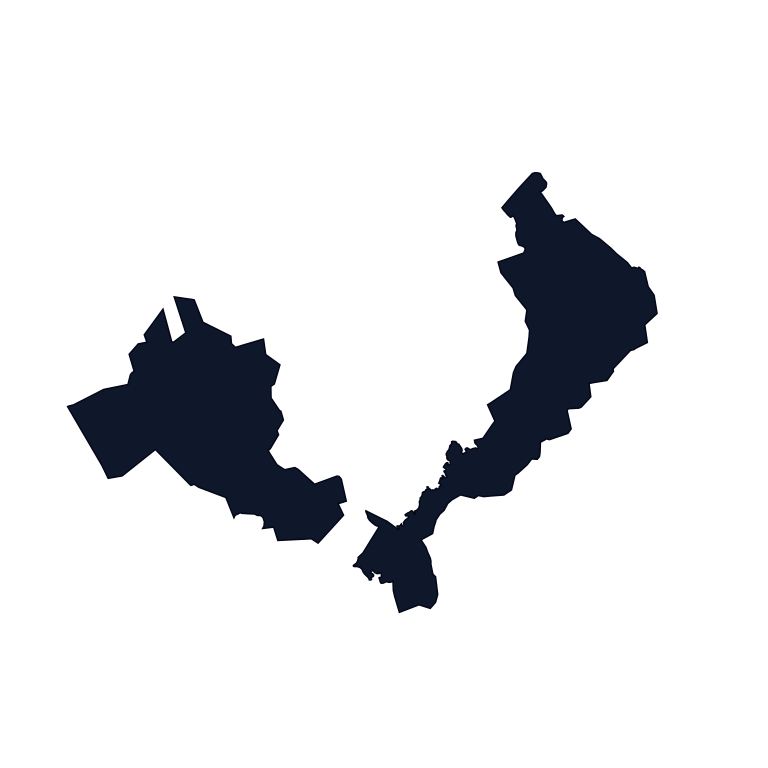 the district of Bade, Yobe, Nigeria, rotated 140°
{"feature_id": "59680162B86291828303656", "entity_name": "Bade", "entity_type": "district", "adm_level": 2, "iso_a3": "NGA", "parent_name": "Nigeria", "parent_adm1": "Yobe", "projection": "natural_earth1", "projection_center": [10.914, 12.715], "detail": "fine", "context": "isolated", "style": "filled", "palette": "ink", "viewbox_px": 768, "rotation_deg": 140, "n_neighbors": 0, "source": "geoboundaries", "source_scale": "gbopen_adm2", "svg_char_len": 6172}
<svg xmlns="http://www.w3.org/2000/svg" viewBox="0 0 768 768"><g transform="rotate(140 384 384)"><path d="M479.4,298.5L479.8,298.1L480.1,297.3L481.1,294.0L482.4,291.6L482.7,288.8L482.2,284.8L481.4,281.2L479.4,277.8L508.8,268.1L515.3,267.8L516.0,266.8L517.8,265.5L520.1,264.5L524.0,264.7L524.5,264.2L524.2,263.4L523.3,262.5L522.4,261.9L521.2,260.4L520.3,258.8L519.9,256.5L520.9,252.9L521.0,250.8L520.5,245.6L520.7,244.6L521.2,243.3L519.9,242.3L519.3,242.2L519.0,242.6L519.1,243.0L518.8,243.3L518.1,243.6L517.4,243.8L516.0,243.5L515.3,243.7L514.8,244.2L514.6,245.0L514.8,246.1L515.1,246.9L515.2,248.4L514.7,248.8L514.3,248.8L513.3,248.5L512.7,248.5L512.3,248.3L512.2,247.2L512.4,246.1L512.3,245.4L512.0,244.7L511.6,244.2L511.4,243.5L511.1,243.0L510.1,242.5L509.8,242.1L509.3,241.9L509.0,242.3L508.7,242.7L507.7,241.2L508.4,240.2L508.9,239.2L509.6,238.4L510.3,238.0L511.0,237.9L511.7,238.6L512.3,238.8L512.6,238.3L513.0,237.3L513.2,236.3L513.8,235.6L514.4,233.7L513.8,232.8L512.4,231.9L510.6,231.4L509.2,231.1L508.7,230.2L508.0,229.3L507.0,228.3L505.2,227.5L503.7,227.4L509.6,219.8L512.3,214.6L519.0,199.2L499.2,192.4L492.8,182.4L487.3,183.2L484.7,183.7L478.2,188.2L468.4,203.2L468.8,206.9L464.0,215.7L462.0,218.0L460.5,220.8L458.7,227.1L456.9,231.9L455.8,240.8L442.9,238.2L437.3,242.6L432.6,245.5L431.6,246.4L424.9,248.4L419.2,248.6L411.9,251.5L406.2,251.6L396.7,249.9L388.2,238.4L383.5,238.0L379.9,233.5L374.9,230.1L363.5,221.9L354.5,220.9L342.2,230.0L338.6,229.6L326.1,230.1L319.3,231.6L318.8,231.4L315.0,227.8L311.5,228.5L308.9,230.8L301.7,238.7L301.2,238.8L296.8,237.8L295.0,237.7L293.0,235.0L274.8,228.0L269.5,229.3L260.9,245.8L258.9,246.7L250.1,240.2L247.6,239.5L233.8,241.3L226.6,252.6L221.4,249.7L210.9,243.4L200.1,246.2L198.7,248.4L173.8,251.3L169.9,249.5L169.2,249.8L155.6,246.5L146.2,261.7L129.5,262.5L120.0,278.4L119.1,288.7L112.1,302.7L112.6,302.9L112.5,304.5L112.6,305.3L113.1,306.0L113.2,306.7L113.2,308.2L113.7,308.5L113.3,309.0L113.5,309.4L113.9,309.7L114.5,309.4L115.0,309.5L115.8,310.1L116.1,310.4L116.2,311.1L116.9,312.0L117.3,312.6L118.4,313.2L118.8,313.2L119.3,312.9L119.8,313.0L119.5,320.5L122.2,334.6L122.9,342.3L125.5,356.9L128.8,365.2L131.4,387.5L142.6,392.3L142.6,395.0L141.0,396.4L139.7,396.8L138.5,396.8L138.6,397.5L138.9,399.0L143.8,402.1L143.8,404.0L143.4,407.0L142.7,410.3L142.4,412.8L140.8,430.9L139.1,430.2L137.8,430.1L133.5,430.6L131.1,432.5L130.0,434.1L130.1,437.1L130.3,439.3L129.5,442.2L129.0,444.8L130.4,446.8L132.5,448.8L135.0,449.9L154.0,447.5L169.9,445.0L180.4,443.2L180.6,439.7L180.4,437.6L180.5,434.5L180.0,430.5L179.2,430.1L177.6,430.0L177.1,429.2L177.2,427.5L178.3,424.1L179.4,421.2L180.5,420.9L181.4,420.0L182.4,417.7L183.6,416.0L185.4,415.4L187.8,412.6L190.6,406.6L191.2,404.4L191.1,403.1L190.1,402.0L189.2,400.3L188.4,398.2L189.4,396.3L191.4,395.3L192.7,394.5L218.2,404.1L222.9,394.0L223.4,374.6L226.5,367.3L226.9,349.4L227.0,348.8L235.4,341.3L237.9,331.7L242.7,326.7L254.9,315.6L271.4,312.6L277.5,309.5L290.9,298.4L313.9,300.9L318.0,301.5L322.9,284.2L326.7,283.4L343.1,278.8L350.9,282.8L351.7,281.5L352.2,280.3L352.4,279.4L352.0,277.8L352.4,275.3L352.8,274.7L353.5,274.4L354.5,274.7L354.7,275.3L354.7,276.0L355.3,276.3L357.6,277.5L359.8,278.0L360.5,279.2L360.8,280.2L361.2,281.4L362.1,282.0L363.8,281.9L364.2,280.3L364.4,279.3L365.2,278.8L367.1,279.6L368.1,279.5L368.6,279.9L368.8,280.8L368.5,281.7L366.8,283.1L366.1,284.0L365.9,284.9L365.4,289.8L366.0,290.7L366.4,291.8L365.9,292.9L366.4,294.2L367.5,295.3L368.5,296.2L369.3,296.3L369.9,295.5L370.7,294.8L371.9,294.5L373.2,294.4L374.9,293.0L377.0,291.7L378.7,291.7L379.6,291.1L381.1,290.6L381.9,289.6L382.2,288.2L383.0,287.4L383.7,286.4L383.9,285.1L383.7,284.1L383.2,283.3L382.9,282.6L383.2,282.0L384.0,281.1L384.8,280.0L386.3,280.1L387.1,280.6L387.2,281.4L386.3,281.6L385.8,282.2L386.0,283.0L386.7,283.4L388.6,283.3L391.9,282.2L391.8,281.3L391.5,280.6L391.4,279.3L391.6,278.2L392.3,277.8L393.2,277.9L393.4,278.7L394.0,278.7L394.4,278.2L394.3,277.4L394.5,276.0L395.1,274.9L395.4,273.6L395.3,272.3L395.9,272.1L396.6,272.2L397.1,272.8L397.5,273.7L397.7,274.8L397.8,276.2L398.4,276.4L398.8,275.7L399.2,274.6L399.6,273.6L400.3,273.7L400.5,275.3L401.1,275.6L403.7,273.9L405.8,272.8L405.4,272.2L405.3,271.3L405.5,269.7L407.3,269.9L409.1,268.7L410.3,268.5L410.6,269.1L410.6,270.0L411.0,270.5L412.3,270.6L413.2,270.2L413.9,270.5L415.0,271.8L415.8,272.0L416.6,272.6L416.2,273.2L416.3,274.0L416.6,274.8L416.6,275.9L416.4,277.0L417.2,277.5L418.4,275.7L419.4,275.8L419.9,276.1L420.8,275.5L422.3,275.5L423.0,276.0L423.9,276.1L424.8,275.8L425.3,275.0L426.8,274.0L428.2,273.5L429.5,273.5L430.9,271.9L432.6,271.1L433.8,269.3L434.8,268.2L437.2,266.6L439.4,266.3L441.0,266.5L442.1,266.9L442.4,266.2L442.9,265.6L443.4,264.6L444.2,264.4L444.5,265.0L444.2,265.8L443.9,266.4L443.8,267.1L444.1,268.9L444.9,269.4L446.9,269.4L448.8,270.0L451.8,270.3L452.1,269.5L452.0,268.8L450.7,267.7L449.9,266.8L450.3,266.2L451.4,266.0L453.6,266.0L455.2,266.1L458.3,265.3L458.5,264.6L459.0,263.9L459.4,262.9L460.2,262.5L460.9,262.8L461.1,263.6L460.8,264.7L460.6,265.7L461.3,265.6L462.0,265.1L463.0,265.3L464.0,265.6L464.7,266.5L465.4,266.8L465.7,266.4L465.4,265.7L465.6,263.8L466.4,263.2L467.0,264.0L467.1,265.3L467.4,266.5L470.0,277.2L470.4,277.9L479.4,298.5ZM602.2,560.0L635.3,567.6L640.1,569.9L640.9,570.1L652.4,503.0L655.9,489.0L643.6,481.9L601.5,480.8L601.2,480.5L597.2,430.5L593.8,429.1L592.3,424.0L578.1,398.7L584.9,378.0L582.3,379.2L579.1,378.2L576.7,377.9L576.3,376.6L571.2,371.7L566.7,367.6L565.6,364.9L562.9,362.3L562.5,359.5L564.2,355.3L567.3,352.3L569.8,351.3L560.5,345.3L565.9,332.4L539.1,312.1L536.8,304.5L499.3,309.5L496.1,321.8L488.2,318.5L477.9,338.5L477.8,342.0L479.2,343.7L501.6,351.8L504.7,373.9L506.0,377.3L515.2,382.2L517.8,390.6L517.7,392.4L515.6,407.5L512.8,407.5L497.4,412.9L495.9,417.1L484.2,421.1L480.5,429.4L481.1,430.9L479.5,445.9L472.2,454.9L468.0,454.5L451.4,465.6L455.7,482.6L447.4,495.9L474.3,507.6L474.9,513.0L470.6,519.1L483.0,547.6L475.3,570.5L488.7,585.6L502.9,550.6L518.6,551.3L519.4,552.9L505.2,583.4L536.0,575.8L538.8,568.4L546.5,572.7L560.1,570.6L567.2,554.4L570.1,554.6L572.2,554.2L580.5,548.2L602.2,560.0Z" fill="#0f172a" stroke="#020617" stroke-width="1.5"/></g></svg>